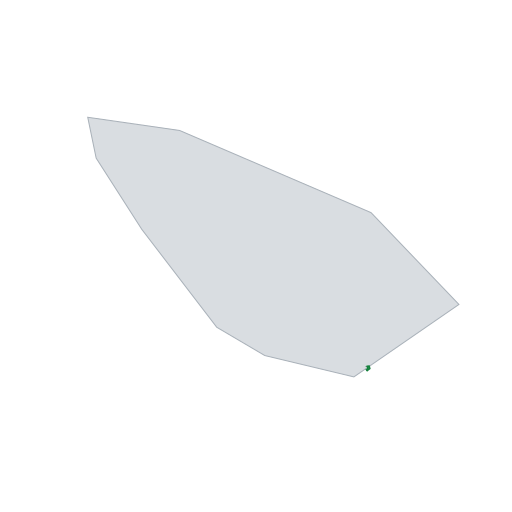 Christian Hill, Choiseul, Saint Lucia (highlighted), rotated 291°
{"feature_id": "8701671B2341246797828", "entity_name": "Christian Hill", "entity_type": "district", "adm_level": 2, "iso_a3": "LCA", "parent_name": "Saint Lucia", "parent_adm1": "Choiseul", "projection": "robinson", "projection_center": [-61.047, 13.774], "detail": "fine", "context": "in_parent", "style": "filled", "palette": "green", "viewbox_px": 512, "rotation_deg": 291, "n_neighbors": 0, "source": "geoboundaries", "source_scale": "gbopen_adm2", "svg_char_len": 1011}
<svg xmlns="http://www.w3.org/2000/svg" viewBox="0 0 512 512"><g transform="rotate(291 256 256)"><path d="M337.7,347.9L283.5,462.8L178.2,390.7L166.2,299.9L175.4,244.9L239.9,139.9L290.1,71.7L325.2,49.2L345.8,139.7L337.7,347.9Z" fill="#d9dde1" stroke="#a8b0b8" stroke-width="1"/><path d="M193.8,401.0L193.0,399.5L193.0,399.4L192.9,399.3L192.9,399.5L192.8,399.8L192.7,399.8L192.6,400.0L192.4,400.1L192.2,400.1L191.9,400.2L191.7,400.2L191.4,400.2L191.4,400.3L191.2,400.3L191.0,400.5L190.9,400.7L190.9,400.8L190.8,401.0L189.5,400.0L189.4,400.2L189.3,400.3L189.2,400.5L189.1,400.3L189.1,400.2L189.0,400.3L188.8,400.6L188.8,400.8L188.8,401.0L189.0,401.1L189.3,401.2L189.4,401.3L189.7,401.4L189.8,401.4L190.0,401.4L190.1,401.5L190.3,401.7L190.4,401.8L190.5,401.8L190.6,402.0L190.8,402.1L191.1,402.3L191.3,402.4L191.4,402.5L191.6,402.6L191.8,402.6L192.0,402.5L192.1,402.3L192.3,402.2L192.5,401.9L192.8,401.7L193.1,401.7L193.4,401.3L193.5,401.2L193.8,401.0Z" fill="#22c55e" stroke="#15803d" stroke-width="1.5"/></g></svg>